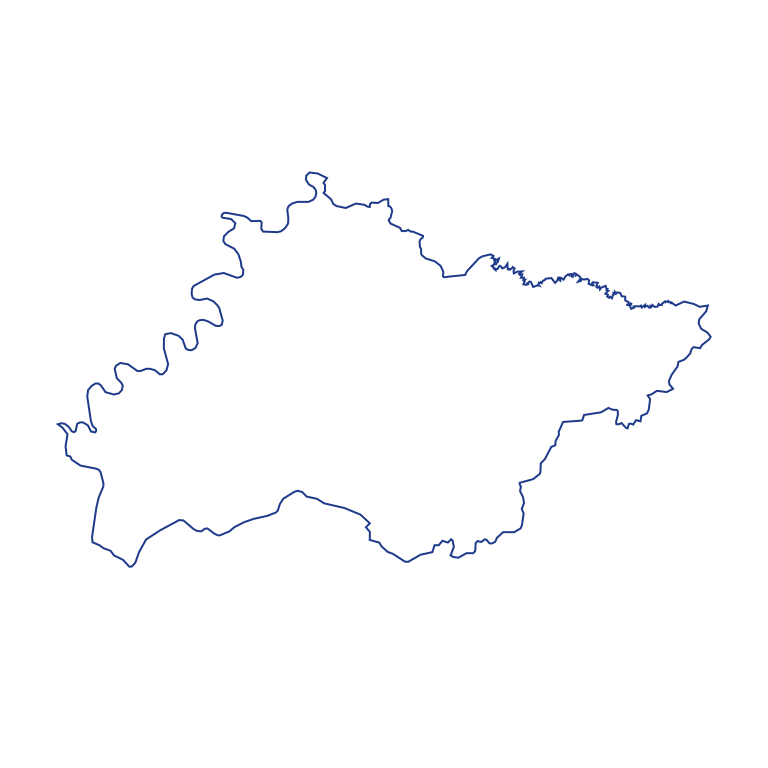 the district of Doi Luang, Chiang Rai, Thailand, rotated 5°
{"feature_id": "78962969B15237736289159", "entity_name": "Doi Luang", "entity_type": "district", "adm_level": 2, "iso_a3": "THA", "parent_name": "Thailand", "parent_adm1": "Chiang Rai", "projection": "mercator", "projection_center": [100.215, 20.141], "detail": "fine", "context": "isolated", "style": "outline", "palette": "blue", "viewbox_px": 768, "rotation_deg": 5, "n_neighbors": 0, "source": "geoboundaries", "source_scale": "gbopen_adm2", "svg_char_len": 6138}
<svg xmlns="http://www.w3.org/2000/svg" viewBox="0 0 768 768"><g transform="rotate(5 384 384)"><path d="M699.8,277.6L691.8,279.6L685.7,277.3L675.8,275.7L667.7,280.4L664.4,278.4L663.0,278.5L663.1,277.6L660.2,277.7L659.9,276.5L657.3,278.0L656.7,277.2L653.8,280.1L653.9,281.0L651.8,281.4L650.6,280.3L649.7,283.1L646.9,283.6L644.4,281.8L643.7,283.8L642.6,283.1L642.7,284.6L641.5,284.8L639.6,283.1L637.3,284.3L637.2,282.4L634.1,285.3L633.1,283.5L632.1,284.4L627.5,284.6L626.9,285.5L626.0,285.2L626.3,286.3L623.6,287.6L622.4,285.2L623.3,282.4L622.6,282.2L621.7,284.2L618.5,284.1L620.6,283.6L620.5,281.2L617.0,279.7L616.7,276.0L613.1,275.8L611.5,272.8L608.3,272.4L607.3,273.8L606.2,272.5L606.4,273.8L604.7,273.3L605.1,274.8L604.2,275.2L603.7,278.7L601.5,277.3L600.7,278.5L598.7,277.4L599.3,275.6L596.7,274.8L599.3,271.6L597.6,271.1L598.4,269.9L597.0,269.3L596.2,266.9L592.1,269.0L590.9,270.9L590.0,268.1L588.2,269.5L587.1,268.6L588.1,264.5L583.1,264.5L582.3,265.9L584.1,267.4L583.1,267.6L579.1,266.4L579.3,263.0L577.6,261.6L574.3,262.5L571.8,262.1L571.2,264.1L568.5,265.2L570.3,262.4L570.2,260.4L567.0,258.3L565.4,259.3L565.4,257.4L564.1,257.0L563.2,257.4L562.6,260.8L561.7,260.5L561.9,259.0L560.9,258.1L559.6,258.5L559.4,259.7L557.9,258.7L555.6,260.6L553.8,264.4L551.1,262.8L550.4,264.1L550.7,265.7L549.9,265.4L549.3,262.8L548.3,262.7L547.6,265.9L545.6,268.4L541.6,263.9L535.8,265.0L535.2,266.4L533.4,267.2L532.3,269.7L531.3,268.9L530.7,269.8L529.5,269.5L529.1,271.5L530.0,272.5L528.8,272.2L524.1,274.3L521.4,269.4L519.9,269.3L518.7,270.6L519.0,271.7L517.8,271.6L517.5,272.8L514.2,272.5L515.2,269.8L514.4,269.1L515.4,267.8L513.7,268.1L514.1,265.8L511.1,266.2L512.2,262.9L509.8,263.4L508.9,262.6L511.9,259.8L507.1,260.4L503.7,262.5L503.2,260.6L504.0,257.4L502.0,256.3L501.2,258.0L499.2,258.4L499.1,259.3L497.2,258.8L496.5,253.4L494.5,257.0L491.7,258.6L490.7,256.9L488.9,256.2L486.9,259.7L484.8,259.3L485.1,260.7L482.9,259.1L482.5,257.0L480.1,257.2L482.3,256.3L484.1,253.4L484.5,255.1L485.2,255.0L485.8,253.0L486.7,252.6L487.5,248.9L483.5,251.6L483.5,250.0L482.6,250.3L482.0,248.6L480.5,248.9L481.8,246.8L478.8,245.6L471.0,248.2L467.6,250.5L456.9,264.3L455.3,268.3L434.2,272.4L433.3,271.4L433.4,267.2L430.1,261.4L424.1,257.4L414.7,255.3L410.6,252.5L409.6,250.7L409.2,246.2L407.9,244.5L407.0,238.9L407.7,236.7L409.9,234.7L409.9,233.0L399.2,229.6L397.5,229.9L394.6,228.4L392.2,229.8L388.4,230.1L386.4,227.1L376.4,223.5L374.3,220.2L376.0,217.8L377.1,211.1L376.0,208.2L374.2,206.5L372.8,206.4L372.1,199.5L367.6,200.4L362.1,204.2L355.7,204.4L354.4,205.9L354.4,208.9L351.9,208.7L349.0,207.2L340.3,206.7L330.6,212.0L321.3,210.9L317.9,209.2L315.1,204.5L307.2,199.0L308.5,196.6L307.8,190.8L306.2,188.8L309.3,183.8L299.7,180.1L291.4,179.8L288.4,183.2L288.4,187.2L291.7,191.7L296.5,193.9L299.0,196.6L299.9,199.7L299.3,203.8L297.4,206.6L293.0,209.1L281.8,210.1L276.9,212.1L274.2,214.4L272.9,216.3L272.5,219.1L274.3,227.5L274.4,232.7L271.8,237.4L268.2,240.8L264.8,242.0L250.2,242.7L248.3,240.2L248.0,233.7L246.7,232.3L237.6,233.3L233.4,230.2L229.6,228.8L211.6,227.2L209.4,227.7L207.7,229.6L207.7,231.6L208.7,232.4L217.3,233.0L221.9,236.8L221.0,242.1L216.0,245.7L211.7,250.8L211.5,255.6L213.8,258.5L222.9,262.2L227.7,267.5L230.7,274.5L231.7,279.5L233.9,282.6L234.0,287.2L232.2,289.7L228.4,291.0L214.7,287.4L205.5,289.8L185.9,302.9L184.5,305.6L184.5,311.0L185.7,314.4L188.1,316.1L193.0,316.4L200.5,314.3L206.9,316.6L210.5,319.5L213.1,322.4L217.8,334.8L217.2,339.2L215.2,340.5L211.4,340.8L203.9,337.2L199.1,335.9L195.0,336.4L192.8,337.7L190.9,340.9L190.8,344.9L194.8,359.4L193.0,364.6L189.4,367.1L185.7,367.1L183.3,365.7L179.6,357.5L175.2,353.9L167.4,351.9L161.8,353.4L160.8,358.3L161.6,367.7L167.2,383.0L166.1,389.3L162.8,393.5L159.9,393.9L154.7,390.3L149.7,389.2L145.8,389.6L140.0,392.4L137.1,392.5L127.3,386.7L119.5,386.0L115.5,389.2L114.4,392.3L117.3,401.4L122.3,405.8L123.9,408.4L123.4,412.9L120.7,416.4L115.7,418.0L107.3,416.4L102.0,409.9L99.3,408.4L96.4,408.7L93.0,411.3L89.7,415.9L89.5,422.4L95.2,446.2L97.3,451.1L100.9,453.8L101.4,455.7L100.5,457.4L96.3,456.9L92.6,451.0L87.5,448.5L84.7,448.7L81.9,450.3L80.8,458.0L79.3,459.0L77.1,458.3L73.4,454.0L69.7,451.6L66.1,451.2L62.7,452.5L67.5,455.5L73.1,461.6L72.2,473.9L74.1,482.8L77.9,483.6L79.5,486.6L88.7,491.7L104.3,493.4L107.3,494.2L109.3,496.5L113.1,507.2L113.4,510.3L109.7,521.9L108.2,532.4L106.5,561.8L107.4,567.1L114.8,569.5L118.8,572.0L126.0,573.9L130.0,578.3L139.3,581.9L146.3,588.2L148.7,587.8L151.9,583.6L154.5,573.1L160.5,559.7L173.7,549.3L191.8,537.4L196.1,537.4L206.9,545.1L210.6,546.7L214.7,546.7L218.2,543.8L220.7,543.3L227.9,547.8L231.5,549.2L233.7,549.1L242.8,544.3L247.5,539.6L256.8,533.8L266.0,529.7L279.3,525.5L287.6,521.4L289.2,519.4L290.8,512.5L293.7,507.0L304.3,499.1L307.5,497.9L312.0,498.8L316.8,502.9L327.2,504.2L334.8,508.1L355.4,511.0L372.0,516.2L382.0,524.0L378.5,528.3L382.8,532.5L383.4,540.6L393.1,542.4L395.7,546.0L402.4,551.0L407.6,552.4L420.3,559.1L423.5,559.1L435.3,550.9L446.8,547.3L448.4,540.2L452.6,539.8L455.9,535.1L461.5,536.4L464.3,532.9L465.9,533.8L467.8,540.2L465.3,548.9L468.1,550.3L473.2,550.6L481.1,545.3L487.6,544.8L489.4,542.5L489.2,534.5L490.9,532.3L494.7,532.9L498.0,529.9L500.1,530.5L502.8,533.5L505.2,533.5L508.5,531.6L509.9,527.4L515.6,521.2L526.5,520.3L532.6,516.0L533.7,513.0L534.4,500.7L532.1,496.3L533.9,490.5L532.3,484.4L528.9,479.0L529.3,474.1L527.9,472.2L527.8,470.6L540.8,465.8L546.9,460.1L547.5,458.0L547.1,449.3L550.9,444.7L556.1,432.1L560.0,430.1L559.9,425.7L562.7,419.7L562.2,416.4L565.7,406.2L583.7,403.3L584.8,402.6L586.0,397.4L602.7,393.3L609.6,388.3L614.1,389.7L618.2,389.6L619.3,390.7L619.7,394.2L618.5,401.5L619.0,403.7L621.5,403.7L623.9,402.2L629.2,406.8L630.6,406.9L631.4,402.5L633.1,401.9L635.8,402.7L638.2,398.1L642.8,398.8L643.1,393.3L648.7,390.2L650.0,386.3L650.4,375.9L647.7,372.5L651.3,371.0L656.5,367.0L666.3,367.4L672.4,363.6L668.4,359.6L667.6,356.1L669.8,349.6L674.9,341.0L675.4,336.3L680.6,333.8L683.2,331.2L686.4,326.8L687.3,322.5L689.1,320.3L695.8,320.7L697.3,317.5L704.0,311.2L705.3,308.5L701.9,304.7L695.1,301.3L692.2,296.2L692.4,292.1L698.6,283.5L699.8,277.6Z" fill="none" stroke="#1e3a8a" stroke-width="2"/></g></svg>